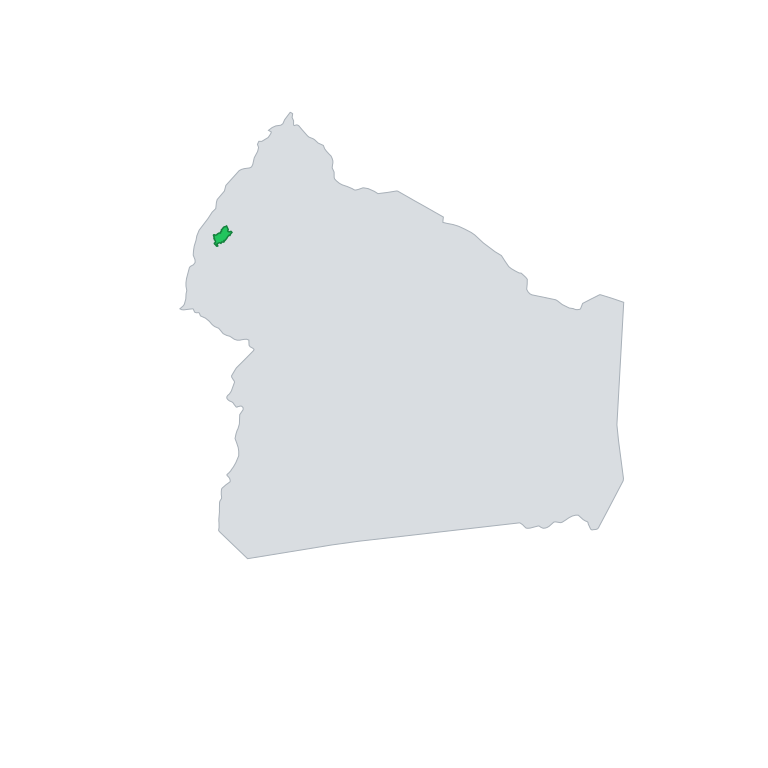 Tissemsilt highlighted on a map of Algeria, rotated 312°
{"feature_id": "DZA-2206", "entity_name": "Tissemsilt", "entity_type": "Province", "adm_level": 1, "iso_a3": "DZA", "parent_name": "Algeria", "parent_adm1": "", "projection": "equal_earth", "projection_center": [1.694, 35.775], "detail": "fine", "context": "in_parent", "style": "filled", "palette": "green", "viewbox_px": 768, "rotation_deg": 312, "n_neighbors": 0, "source": "natural_earth", "source_scale": "10m", "svg_char_len": 5285}
<svg xmlns="http://www.w3.org/2000/svg" viewBox="0 0 768 768"><g transform="rotate(312 384 384)"><path d="M523.1,132.5L523.6,134.0L523.7,135.3L521.8,136.6L520.6,137.3L519.1,140.7L516.4,143.1L515.9,143.8L516.0,144.4L517.9,145.5L518.6,146.5L518.9,147.8L518.2,152.6L517.2,161.2L517.3,163.1L518.1,165.3L518.8,167.1L519.1,169.0L519.0,173.9L519.9,176.7L520.7,179.3L519.1,182.5L518.5,185.4L518.1,189.5L518.0,192.0L517.0,194.4L515.6,196.7L514.1,198.1L512.1,199.3L509.9,200.9L508.1,205.1L504.2,208.7L503.4,209.9L503.1,212.7L503.3,216.7L504.1,219.8L506.1,224.4L507.9,229.6L508.4,232.1L509.1,233.1L511.5,234.8L515.7,237.1L516.4,238.0L518.6,241.5L520.7,247.9L521.4,252.1L528.8,258.5L535.9,264.2L536.5,265.1L540.7,284.5L542.3,291.4L547.8,316.4L545.8,317.8L543.5,319.6L545.3,323.0L548.7,328.6L550.8,333.1L551.5,335.0L553.2,340.6L554.6,346.0L555.0,347.7L555.5,351.9L555.3,363.4L556.6,378.0L558.0,385.3L556.2,391.9L554.7,398.2L554.9,401.4L555.9,406.3L556.9,410.0L558.2,411.9L558.1,418.1L557.7,420.4L554.0,423.6L549.9,426.6L548.9,429.1L548.6,431.9L549.2,434.2L561.5,455.3L561.9,457.4L562.3,463.3L564.4,470.8L566.6,474.1L567.5,476.6L569.0,478.3L570.6,479.6L571.5,479.7L576.8,477.7L585.9,481.1L594.6,484.5L595.2,485.2L600.5,496.7L605.1,507.5L509.5,584.4L498.9,596.1L474.0,625.2L472.1,626.5L438.9,635.0L421.7,639.3L420.9,639.6L419.9,639.6L419.2,639.6L417.7,638.8L415.9,637.1L414.7,636.2L414.4,634.8L415.1,633.0L415.9,631.3L416.3,630.1L416.9,629.1L417.6,628.3L417.7,627.2L417.0,625.3L416.5,622.8L416.5,618.1L416.5,616.1L414.9,614.3L411.9,612.3L409.1,611.2L407.8,610.8L404.8,610.1L400.5,608.9L399.1,608.0L396.3,603.7L395.0,602.6L388.6,601.9L386.5,601.2L384.8,600.2L383.3,598.8L382.5,596.5L382.3,594.5L381.7,593.6L374.7,589.0L373.0,587.4L372.0,586.0L372.0,583.8L372.2,581.2L371.9,578.8L371.6,577.7L250.2,470.4L243.7,464.9L229.1,452.6L162.9,399.5L164.1,361.7L164.3,359.7L164.7,358.9L166.9,357.5L170.4,354.3L171.7,352.9L173.3,351.5L179.0,347.2L180.2,346.0L185.9,341.1L187.2,340.4L190.1,339.9L191.3,339.0L193.0,337.0L195.5,334.8L197.1,333.7L197.5,333.5L198.5,333.4L203.5,334.0L205.6,334.5L208.2,335.0L209.0,334.7L209.6,334.0L210.6,332.4L210.9,330.6L211.0,328.9L211.2,328.2L211.6,327.9L212.7,328.0L214.2,328.2L217.2,328.2L218.2,327.9L221.6,327.6L226.5,326.5L233.4,324.1L236.7,321.2L239.2,318.2L241.8,313.7L243.8,309.8L247.9,307.4L251.2,305.9L253.1,305.4L257.5,303.3L264.7,297.3L270.6,296.5L271.4,295.9L272.2,294.9L272.3,293.1L271.3,291.8L270.1,291.2L269.3,290.4L268.4,290.3L268.0,289.4L268.3,287.8L268.5,286.3L269.0,284.9L268.9,282.8L268.1,280.7L267.9,279.2L268.0,277.7L268.4,276.5L269.6,275.7L271.1,275.5L273.1,275.8L276.5,275.3L285.4,271.7L286.0,270.6L286.6,268.1L287.3,266.0L288.2,265.2L288.7,265.1L295.8,263.7L297.3,263.5L310.5,264.2L321.7,264.7L322.8,264.2L322.8,262.6L322.1,259.6L322.5,257.8L324.2,256.1L326.2,254.2L325.3,251.9L323.7,250.3L321.5,248.5L320.3,247.7L318.3,245.5L317.1,242.9L316.3,237.5L314.8,234.5L313.8,230.8L314.8,223.9L313.4,219.8L313.2,218.1L313.2,216.0L313.7,212.3L313.5,207.3L311.8,202.0L312.7,200.2L313.1,199.3L313.0,198.5L311.4,196.9L310.7,195.5L311.1,194.2L312.0,192.3L311.9,191.6L309.4,189.3L305.1,185.6L303.9,184.0L303.3,182.0L307.5,182.5L309.6,182.3L314.6,179.8L318.5,176.6L321.5,174.9L324.2,171.4L326.7,169.1L330.2,166.7L340.3,161.5L341.8,161.4L345.1,162.6L348.0,162.3L349.9,160.4L352.1,156.0L355.4,153.4L359.5,150.7L365.1,148.1L368.8,145.8L374.6,143.7L389.2,142.5L396.7,141.3L401.8,141.6L406.9,137.9L409.5,136.6L420.6,136.3L425.8,133.6L445.7,133.6L448.1,134.5L450.5,136.0L454.6,139.5L456.7,140.3L459.3,139.6L465.3,136.2L472.2,134.5L475.9,132.5L477.4,129.6L480.6,128.6L482.5,130.8L489.7,133.0L494.0,132.4L495.9,131.7L495.2,128.4L499.8,129.3L503.4,130.9L507.2,134.1L509.7,134.7L514.0,133.3L523.1,132.5Z" fill="#d9dde1" stroke="#a8b0b8" stroke-width="1"/><path d="M383.9,159.8L385.8,160.4L386.4,161.1L386.6,161.4L386.8,161.5L387.0,161.4L387.4,160.9L387.7,160.8L388.7,161.0L389.0,161.0L389.2,160.8L389.3,160.4L389.5,160.1L389.9,160.0L390.7,160.1L391.8,160.1L392.7,159.9L393.3,160.0L393.8,160.1L394.7,160.8L396.1,161.3L394.7,164.6L394.4,165.0L394.0,165.1L393.6,165.2L393.3,165.3L393.1,165.6L393.0,165.9L393.0,166.3L393.2,166.7L393.6,167.3L394.0,167.5L394.7,167.9L395.0,168.1L395.1,168.4L394.9,169.6L393.0,169.6L392.1,169.8L391.4,170.1L391.2,170.1L391.1,169.9L391.1,169.6L391.0,169.3L390.8,169.2L388.7,169.3L386.9,169.7L384.6,169.8L384.2,169.8L384.0,169.7L383.9,169.5L383.8,169.3L383.6,169.1L383.3,169.2L383.1,169.8L382.8,170.0L382.3,169.9L381.8,169.5L381.1,168.6L380.8,168.4L380.3,168.5L379.9,168.6L379.6,168.7L379.4,168.7L379.3,168.4L379.2,167.8L379.1,167.5L378.9,167.2L378.7,167.0L377.5,166.5L377.0,166.4L376.7,166.2L376.4,166.1L376.2,166.2L376.0,166.5L375.9,166.8L375.7,167.6L375.5,167.9L375.3,168.1L375.1,168.0L374.9,167.9L374.4,167.3L374.7,165.9L374.7,165.4L374.7,164.5L374.8,164.1L375.0,163.8L375.3,163.7L375.6,163.8L376.2,164.0L376.5,164.0L376.7,163.8L377.1,163.5L377.6,162.7L377.8,162.0L377.7,161.7L377.7,161.4L377.9,161.2L378.6,160.8L378.6,160.6L378.6,160.4L378.5,160.2L378.6,159.9L379.5,159.6L379.8,159.3L379.8,159.1L379.9,158.6L380.3,158.1L380.5,157.8L380.5,157.7L380.8,157.6L381.4,158.1L381.5,158.2L381.5,158.4L381.5,158.5L381.6,158.8L381.7,159.0L381.9,159.2L382.4,159.5L383.1,159.9L383.4,159.9L383.9,159.8Z" fill="#22c55e" stroke="#15803d" stroke-width="1.5"/></g></svg>